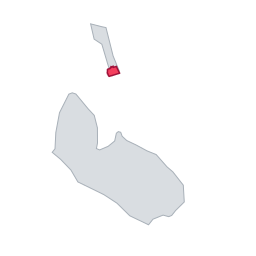 location of North Gaza, Gaza Strip, Palestine, rotated 122°
{"feature_id": "87354302B69236118899353", "entity_name": "North Gaza", "entity_type": "district", "adm_level": 2, "iso_a3": "PSE", "parent_name": "Palestine", "parent_adm1": "Gaza Strip", "projection": "natural_earth1", "projection_center": [34.487, 31.548], "detail": "fine", "context": "in_parent", "style": "filled", "palette": "rose", "viewbox_px": 256, "rotation_deg": 122, "n_neighbors": 0, "source": "geoboundaries", "source_scale": "gbopen_adm2", "svg_char_len": 2525}
<svg xmlns="http://www.w3.org/2000/svg" viewBox="0 0 256 256"><g transform="rotate(122 128 128)"><path d="M199.2,59.3L201.5,80.0L197.6,97.6L197.3,113.1L200.3,141.9L193.9,154.1L190.3,168.5L188.8,179.4L184.3,178.9L170.1,186.8L151.3,194.2L130.6,196.1L127.7,193.9L126.8,190.2L132.9,171.9L135.2,163.3L144.1,154.0L156.9,145.9L162.2,143.9L161.6,140.4L154.0,135.1L146.1,132.4L138.6,135.1L136.2,134.3L135.5,131.9L138.1,128.6L139.3,122.5L138.1,112.2L137.3,99.7L135.6,90.0L140.3,74.3L141.4,66.8L147.2,50.8L160.9,41.1L172.7,43.9L179.0,44.6L181.6,46.5L183.3,52.1L192.1,58.5L199.2,59.3ZM84.4,165.5L89.5,171.2L89.6,173.3L70.8,194.6L70.6,203.8L59.5,214.9L56.0,203.9L54.5,199.9L74.8,178.8L84.4,165.5Z" fill="#d9dde1" stroke="#a8b0b8" stroke-width="1"/><path d="M89.0,176.4L89.3,176.4L89.5,176.3L89.7,176.2L89.9,176.0L90.0,175.9L90.3,175.8L90.4,175.7L90.6,175.6L90.9,175.4L91.0,175.4L91.4,175.2L91.6,175.1L91.8,175.1L92.0,174.9L92.1,174.7L92.3,174.5L92.5,174.5L92.6,174.4L92.8,174.2L92.7,174.1L92.7,173.9L92.8,173.8L92.8,173.7L93.0,173.6L93.1,173.4L93.2,173.2L93.3,173.0L93.5,172.8L93.6,172.7L93.8,172.6L93.9,172.4L94.0,172.2L94.0,171.9L94.1,171.6L94.2,171.4L94.1,171.2L93.8,171.0L93.7,170.9L93.4,170.7L93.2,170.5L93.1,170.4L92.9,170.3L92.9,170.2L92.6,170.0L92.6,169.9L92.4,169.7L92.1,169.4L91.9,169.3L91.8,169.1L91.7,169.1L91.4,168.9L91.1,168.6L90.9,168.4L90.6,168.2L90.4,168.0L90.1,167.7L89.8,167.5L89.5,167.2L89.3,167.0L89.0,166.8L88.6,166.5L88.3,166.2L88.0,165.9L87.9,165.8L87.7,165.7L87.3,165.3L86.9,164.9L86.6,164.7L86.4,164.5L86.2,164.3L85.9,164.2L85.8,164.4L85.6,164.7L85.5,164.9L85.5,165.0L85.4,165.1L85.1,165.6L85.0,165.8L84.9,165.9L84.8,166.1L84.7,166.2L84.6,166.4L84.5,166.6L84.3,166.8L84.2,167.0L84.0,167.3L83.8,167.7L83.5,168.2L83.4,168.3L83.1,168.7L83.0,168.9L82.9,169.0L82.7,169.4L82.5,169.6L82.4,169.8L82.2,170.0L82.0,170.3L81.9,170.5L82.0,170.6L82.3,170.8L82.5,170.9L82.6,171.0L82.8,171.1L83.0,171.4L83.1,171.5L83.4,171.8L83.7,172.0L84.0,172.3L84.1,172.5L84.3,172.5L84.4,172.8L84.3,173.0L84.2,173.1L83.9,173.1L83.7,173.2L83.6,173.3L83.8,173.4L83.8,173.5L84.0,173.6L84.2,173.8L84.3,173.8L84.5,173.9L84.5,174.0L84.8,174.1L84.7,174.2L84.8,174.3L84.7,174.4L84.8,174.5L85.0,174.4L85.3,174.4L85.3,174.5L85.4,174.4L85.5,174.3L85.8,174.4L85.8,174.5L86.0,174.6L86.2,174.8L86.3,174.9L86.4,175.0L86.6,175.2L86.7,175.3L86.8,175.5L86.8,175.4L87.1,175.1L87.2,174.9L87.3,175.0L87.5,175.1L87.7,175.3L87.9,175.5L88.0,175.5L88.2,175.8L88.3,175.9L88.5,176.0L89.0,176.4L89.0,176.4Z" fill="#f43f5e" stroke="#9f1239" stroke-width="1.5"/></g></svg>